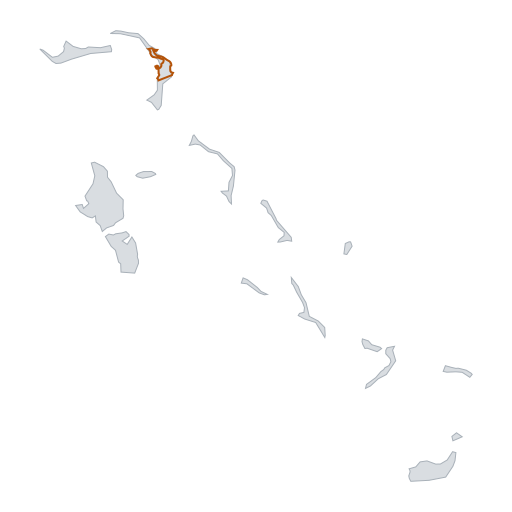 where Central Abaco sits in The Bahamas
{"feature_id": "BHS-5015", "entity_name": "Central Abaco", "entity_type": "District", "adm_level": 1, "iso_a3": "BHS", "parent_name": "The Bahamas", "parent_adm1": "", "projection": "orthographic", "projection_center": [-77.217, 26.497], "detail": "fine", "context": "in_parent", "style": "outline", "palette": "amber", "viewbox_px": 512, "rotation_deg": 0, "n_neighbors": 0, "source": "natural_earth", "source_scale": "10m", "svg_char_len": 4274}
<svg xmlns="http://www.w3.org/2000/svg" viewBox="0 0 512 512"><path d="M123.2,199.8L123.0,209.0L123.7,215.8L123.0,218.3L115.5,222.8L113.6,225.4L106.6,227.9L102.3,231.5L100.2,225.6L96.1,222.0L95.4,215.9L92.2,217.9L87.7,216.6L80.2,211.9L75.6,205.5L82.2,204.5L83.5,208.4L88.8,203.7L87.7,201.1L86.7,200.8L85.0,196.1L93.0,183.8L94.8,175.8L91.3,163.0L94.6,162.2L103.5,166.7L107.4,171.2L107.5,177.2L111.2,181.9L116.6,193.2L123.2,199.8ZM129.0,234.5L129.1,236.2L122.2,241.0L127.2,244.4L131.9,237.0L135.6,243.0L137.6,254.3L137.3,256.3L137.6,258.0L138.4,260.1L138.5,263.3L134.7,273.1L121.0,272.1L120.7,263.8L118.6,262.1L115.5,250.3L111.2,246.4L105.4,236.6L108.8,234.1L113.4,235.0L115.7,233.8L122.1,232.9L126.0,231.6L129.0,234.5ZM455.0,460.7L452.9,466.3L445.7,477.1L429.1,480.3L410.8,481.3L409.3,478.4L408.8,475.9L410.1,471.9L409.9,470.4L409.1,468.8L415.8,466.9L420.1,461.9L427.0,460.9L435.7,464.1L440.4,464.0L447.2,460.0L452.6,451.7L455.9,452.6L455.0,460.7ZM158.8,109.3L157.4,109.9L151.5,102.4L146.8,100.1L154.2,94.8L157.4,90.2L157.3,80.1L159.1,74.6L158.5,69.9L160.2,65.0L158.0,59.5L151.8,55.2L139.6,37.9L120.3,33.7L110.3,33.5L115.8,30.7L120.9,31.1L128.7,32.8L138.0,33.6L143.7,38.7L149.2,45.4L154.1,48.1L156.1,49.9L155.9,51.8L156.7,53.6L163.1,56.8L169.6,61.9L171.6,76.8L162.8,83.8L161.2,105.4L158.8,109.3ZM73.1,46.4L81.3,48.8L85.7,48.5L88.3,47.0L100.5,47.7L110.3,45.5L111.7,49.6L111.4,51.7L90.6,53.5L71.4,59.2L60.9,63.1L56.0,63.5L52.2,61.3L39.8,49.0L43.1,50.2L52.4,57.3L58.2,56.1L63.6,51.6L64.4,48.1L63.7,46.5L66.1,41.1L73.1,46.4ZM198.3,140.8L209.6,149.2L219.2,152.4L229.7,163.0L234.2,166.8L235.0,170.2L233.4,186.1L231.1,195.6L231.5,204.0L229.0,201.5L226.5,196.1L222.4,193.0L221.1,191.3L228.4,190.9L229.0,182.3L232.5,175.5L231.9,168.4L223.3,160.7L217.5,153.9L208.5,151.7L200.2,145.0L195.3,144.1L189.3,145.4L191.4,141.3L192.9,135.9L194.0,134.9L198.3,140.8ZM325.2,335.5L324.8,337.5L315.7,322.5L304.6,319.0L298.2,315.5L299.5,313.4L303.9,312.4L304.5,307.6L302.6,302.5L296.6,292.1L293.3,285.1L291.8,283.5L291.3,277.5L298.3,286.6L301.3,294.8L306.0,302.7L309.3,316.4L318.2,321.0L324.7,327.5L325.2,335.5ZM370.4,386.0L365.5,388.4L366.5,384.4L375.8,377.6L380.9,371.6L383.8,369.5L384.8,367.8L388.9,365.6L390.9,361.8L390.2,358.7L385.8,353.8L385.8,350.2L387.2,347.7L394.5,346.3L392.6,350.1L395.7,360.8L386.4,374.5L378.2,378.8L370.4,386.0ZM291.2,237.3L291.7,241.2L287.1,240.4L280.3,242.0L277.8,242.1L279.3,239.5L284.0,235.8L284.2,232.4L278.3,227.6L271.3,215.5L268.1,212.7L266.6,208.1L260.8,203.3L262.0,200.7L263.1,200.0L267.0,201.2L276.0,218.6L276.5,220.3L291.2,237.3ZM451.5,367.4L455.9,368.4L458.2,368.2L466.3,370.2L471.1,373.2L472.2,374.4L469.8,377.3L462.2,372.3L455.8,371.8L446.8,372.2L443.2,371.4L445.4,365.7L451.5,367.4ZM380.0,347.2L381.6,348.6L377.2,351.7L367.1,348.2L364.9,348.5L362.8,344.5L362.0,341.6L362.4,338.9L368.4,340.9L371.7,344.7L380.0,347.2ZM150.5,176.7L142.7,178.2L137.2,176.7L135.8,175.4L138.1,173.4L143.4,171.6L151.7,171.5L155.4,173.5L155.8,174.4L150.5,176.7ZM267.3,294.4L264.4,294.8L259.2,292.9L246.9,283.8L241.3,283.1L243.1,277.9L247.4,279.7L257.3,287.5L261.0,291.4L267.3,294.4ZM352.1,246.2L346.8,254.5L343.9,253.9L345.3,243.5L349.1,241.8L350.6,241.9L352.1,246.2ZM462.2,436.8L452.9,440.8L451.9,436.4L456.5,432.8L462.2,436.8Z" fill="#d9dde1" stroke="#a8b0b8" stroke-width="1"/><path d="M158.5,80.4L158.3,79.5L157.2,78.3L159.3,75.1L159.2,74.4L158.6,73.5L158.5,68.1L159.5,68.1L160.3,67.7L160.8,67.0L161.3,66.1L161.4,65.7L161.3,64.2L161.5,63.7L161.9,63.4L162.4,63.2L162.7,63.0L163.4,61.8L163.7,60.4L163.2,59.3L160.8,58.7L159.3,57.9L153.0,57.0L151.8,56.2L151.0,55.0L150.2,53.1L150.5,52.6L150.6,52.0L150.4,51.4L149.6,50.3L149.3,49.5L149.1,49.2L148.7,49.0L151.9,48.3L153.3,49.3L154.9,49.8L157.2,49.9L156.6,50.8L155.7,51.1L153.5,51.0L154.4,53.0L155.8,54.7L157.6,55.8L161.7,56.6L163.6,57.5L166.9,59.9L169.3,61.2L170.1,61.9L170.8,62.9L171.3,64.3L171.3,65.5L170.4,66.1L170.2,66.6L170.2,70.0L170.4,71.2L171.0,72.0L171.9,72.5L173.0,72.8L172.1,74.5L172.0,75.1L158.5,80.4ZM157.6,65.8L158.0,66.1L158.1,66.4L158.1,66.5L158.0,66.4L157.7,66.4L157.7,66.5L157.8,66.6L157.7,66.7L157.6,67.6L157.8,68.5L157.4,68.8L157.1,68.8L156.9,68.8L156.3,68.5L156.0,67.7L155.7,67.1L155.3,66.7L155.4,66.4L155.7,66.5L156.0,66.2L156.4,65.8L156.9,65.7L157.6,65.8Z" fill="none" stroke="#b45309" stroke-width="2"/></svg>